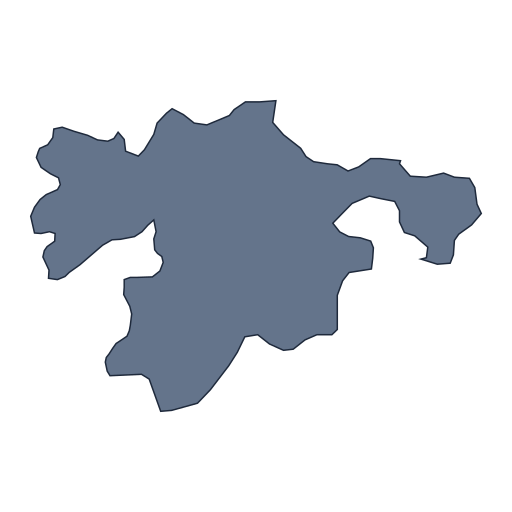 the district of Hwaseong-si, Gyeonggi, South Korea
{"feature_id": "91817680B58085958229296", "entity_name": "Hwaseong-si", "entity_type": "district", "adm_level": 2, "iso_a3": "KOR", "parent_name": "South Korea", "parent_adm1": "Gyeonggi", "projection": "robinson", "projection_center": [126.871, 37.138], "detail": "fine", "context": "isolated", "style": "filled", "palette": "slate", "viewbox_px": 512, "rotation_deg": 0, "n_neighbors": 0, "source": "geoboundaries", "source_scale": "gbopen_adm2", "svg_char_len": 1959}
<svg xmlns="http://www.w3.org/2000/svg" viewBox="0 0 512 512"><path d="M400.5,160.7L380.2,158.6L370.5,158.6L358.7,166.9L348.0,171.0L337.2,164.8L327.5,163.8L313.6,161.7L306.0,156.6L300.7,148.3L283.5,134.8L272.7,122.4L275.9,100.7L259.4,101.9L245.4,101.9L234.1,109.6L229.4,115.5L206.9,124.9L194.2,123.1L183.4,114.6L172.1,108.7L166.5,113.2L157.1,123.1L153.8,134.4L144.4,149.8L138.3,156.1L125.6,151.2L124.2,139.4L118.1,132.2L113.9,138.5L107.8,141.2L97.5,139.9L87.6,135.3L74.0,131.3L62.2,127.2L53.8,129.0L52.8,137.6L47.7,144.8L39.7,148.4L38.3,151.6L36.4,157.5L41.1,167.4L50.5,173.8L58.5,177.8L60.3,184.6L57.5,189.6L46.2,194.6L40.1,199.5L34.5,207.2L30.7,216.3L34.5,233.0L41.0,233.5L49.5,231.7L55.1,233.5L54.7,241.2L47.1,246.6L44.3,250.7L42.9,257.0L49.0,270.1L48.5,278.3L57.4,279.6L65.0,276.5L69.2,272.4L80.0,264.7L102.6,245.2L112.0,239.8L120.4,239.3L134.5,236.6L142.0,231.7L147.7,225.3L153.8,219.9L156.1,231.7L153.8,238.9L154.7,249.8L157.5,253.4L161.8,256.5L163.2,262.4L159.9,271.0L152.4,276.9L137.3,277.4L130.3,277.4L124.2,279.6L124.2,287.3L123.7,294.6L127.0,300.9L129.8,306.3L131.7,314.0L130.3,325.4L129.3,330.8L127.0,336.2L122.3,339.4L116.1,343.5L112.9,348.0L109.1,353.9L106.3,357.5L105.3,362.1L107.2,371.1L110.0,375.7L141.5,374.3L149.2,379.1L160.7,411.3L171.6,410.4L197.5,403.2L210.4,389.7L228.7,365.8L237.3,352.3L244.8,336.8L257.7,334.7L269.5,344.0L283.5,350.3L293.2,349.2L305.0,339.9L316.9,334.7L331.9,334.7L337.3,329.5L337.3,317.1L337.3,295.3L342.6,280.8L349.1,272.5L371.4,269.0L372.7,258.4L373.4,247.8L370.7,241.1L360.3,237.8L348.6,236.5L339.7,231.9L332.8,223.2L341.7,214.0L352.1,203.4L369.3,196.1L381.0,198.7L394.7,201.4L399.5,210.7L399.5,221.9L404.4,232.5L414.7,235.8L427.8,247.1L426.4,257.7L420.9,259.1L437.3,264.2L450.2,263.2L453.4,254.9L454.4,240.4L458.7,234.2L471.6,224.9L481.3,213.5L477.0,204.2L474.8,187.6L469.4,178.3L454.4,177.2L443.6,173.1L426.4,177.2L410.3,176.2L399.5,163.8L400.5,160.7Z" fill="#64748b" stroke="#1e293b" stroke-width="1.5"/></svg>